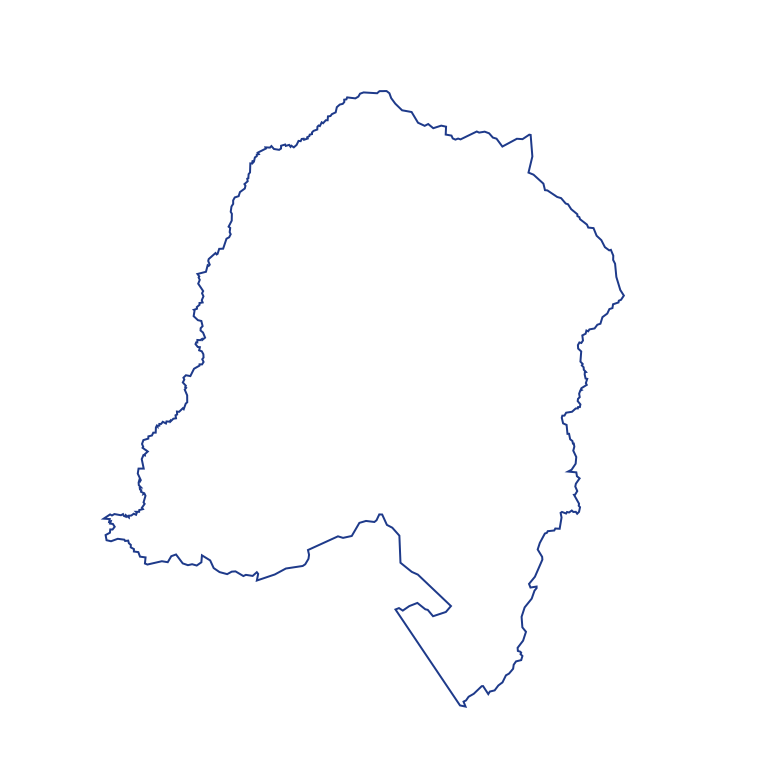 Asunafo North Municipal, Brong Ahafo, Ghana, rotated 18°
{"feature_id": "2480657B96138797401471", "entity_name": "Asunafo North Municipal", "entity_type": "district", "adm_level": 2, "iso_a3": "GHA", "parent_name": "Ghana", "parent_adm1": "Brong Ahafo", "projection": "robinson", "projection_center": [-2.711, 6.815], "detail": "fine", "context": "isolated", "style": "outline", "palette": "blue", "viewbox_px": 768, "rotation_deg": 18, "n_neighbors": 0, "source": "geoboundaries", "source_scale": "gbopen_adm2", "svg_char_len": 6153}
<svg xmlns="http://www.w3.org/2000/svg" viewBox="0 0 768 768"><g transform="rotate(18 384 384)"><path d="M159.0,598.7L164.9,597.2L165.2,600.0L166.6,599.0L166.6,601.4L169.4,600.9L172.0,603.0L170.8,606.3L168.6,606.9L169.3,610.1L165.9,613.7L168.4,618.3L173.0,617.9L178.6,613.5L185.2,612.3L186.3,613.3L189.1,612.0L190.6,614.3L192.9,615.2L193.6,617.6L197.2,618.3L197.9,620.6L202.3,619.8L205.3,623.6L210.8,622.6L212.1,628.6L214.8,628.8L227.5,621.2L233.4,620.3L234.9,613.5L238.9,610.4L248.0,616.8L253.5,616.9L257.2,614.7L262.0,614.5L265.4,610.0L263.8,603.2L273.2,605.5L278.9,611.7L285.7,613.7L293.6,613.3L297.2,609.5L300.7,608.1L309.6,610.1L311.6,608.2L318.4,607.1L321.2,602.3L323.0,603.5L323.8,610.2L339.0,598.9L347.7,589.8L362.9,582.2L364.8,579.8L366.2,573.6L365.5,569.6L363.0,565.4L387.3,543.1L392.6,543.0L400.3,538.5L403.5,523.7L409.2,519.8L417.5,518.2L419.0,515.9L419.8,509.5L422.6,508.7L430.3,517.1L436.3,518.1L445.5,523.5L454.9,548.9L468.5,554.1L475.1,554.8L516.3,574.5L513.3,581.7L502.4,589.7L495.4,585.3L492.9,585.5L483.4,581.9L476.7,587.4L471.9,593.7L467.5,592.5L464.6,594.9L555.6,666.2L561.2,665.6L557.8,661.5L559.8,659.6L561.1,655.3L565.1,650.9L570.3,641.2L571.6,640.7L579.0,646.7L579.7,643.8L583.9,641.2L585.9,635.4L588.9,631.1L590.0,623.4L592.4,620.8L594.8,614.9L594.1,610.9L595.3,607.0L599.8,604.2L599.7,599.9L597.3,598.7L597.5,597.2L596.4,596.5L593.8,596.5L592.6,593.6L595.6,585.1L595.6,575.8L590.8,572.7L586.8,562.9L586.8,553.0L590.8,542.5L591.0,534.0L592.2,530.9L591.7,529.5L586.2,532.3L583.7,529.3L587.1,520.7L588.9,502.1L587.8,499.5L581.3,493.9L581.3,487.0L583.2,476.5L584.9,475.2L585.2,473.4L591.2,470.7L591.6,468.5L595.8,467.4L594.1,456.1L591.8,452.0L592.8,450.7L597.2,450.9L597.6,449.2L599.7,449.0L601.7,446.3L603.6,447.2L605.9,446.3L607.8,447.7L609.0,445.3L608.5,440.6L606.8,439.6L606.5,437.6L599.0,430.7L599.9,430.3L600.9,426.1L597.6,422.4L597.3,419.5L599.2,413.3L596.0,412.1L594.2,408.6L586.1,410.4L588.9,407.6L590.9,400.6L589.4,394.0L584.6,388.9L584.4,384.8L582.9,382.0L582.1,382.3L580.8,380.0L578.1,379.0L575.4,374.2L573.9,374.7L570.3,366.5L566.5,366.1L563.5,361.2L563.4,359.0L565.4,358.3L566.1,355.0L571.4,352.3L573.9,348.0L575.9,347.3L575.7,346.0L577.4,345.4L577.1,342.7L573.5,340.4L573.1,338.2L574.2,336.0L572.6,333.0L572.7,329.8L573.8,328.7L572.9,328.5L573.1,326.9L577.1,322.2L575.7,320.8L575.7,316.3L574.0,316.5L571.9,312.9L571.4,310.8L572.4,310.2L569.6,308.7L568.7,306.4L566.4,305.2L566.8,303.6L563.9,302.0L561.5,292.1L557.7,290.3L556.4,287.1L557.0,284.1L559.0,284.0L559.8,281.2L557.6,276.5L560.2,273.9L560.0,270.6L561.9,270.8L562.5,268.6L567.1,266.1L568.6,261.7L571.2,259.8L571.1,252.9L574.6,248.0L575.2,243.1L577.8,241.2L577.2,237.4L581.8,234.0L581.6,232.2L583.4,230.7L584.8,225.8L579.7,221.6L571.9,210.4L566.6,198.2L563.6,195.2L562.4,191.1L558.3,186.3L556.9,187.3L551.8,185.6L546.2,180.0L540.4,177.3L535.1,171.0L529.9,172.1L527.8,169.7L519.5,166.7L518.2,164.9L516.1,164.6L515.4,162.8L508.0,159.9L503.5,156.2L501.0,156.2L495.0,152.5L490.9,152.6L479.6,149.4L477.2,149.9L473.7,144.2L461.5,138.7L456.1,138.3L454.8,121.8L446.5,101.8L445.1,102.0L440.1,108.3L434.6,109.7L423.2,121.6L415.2,115.9L411.4,116.0L406.5,113.1L401.8,112.9L396.8,115.5L394.2,115.2L381.2,127.7L378.6,127.7L376.4,129.5L373.5,129.2L371.4,126.9L365.6,127.7L363.5,120.1L358.6,120.6L351.8,125.5L345.7,123.1L342.9,125.9L335.6,125.0L326.2,116.8L316.6,118.1L308.1,113.9L302.5,109.9L299.3,105.8L295.9,104.6L289.2,106.9L287.6,109.6L274.5,113.0L271.5,115.3L270.8,118.6L268.5,121.2L260.4,122.8L260.3,124.9L258.3,125.9L259.1,128.1L258.2,130.3L255.6,131.9L253.6,135.3L254.1,140.6L251.0,143.5L250.3,145.7L248.0,146.8L248.9,150.6L247.1,151.2L245.5,154.8L243.9,154.4L243.3,158.5L241.9,158.4L241.2,159.9L241.9,162.6L238.8,165.0L237.8,167.0L238.3,168.6L236.3,169.8L236.4,171.3L234.7,173.1L235.6,174.1L232.5,176.4L231.9,175.5L230.0,176.4L229.7,178.8L227.6,179.2L227.0,183.6L225.1,186.8L222.2,186.0L221.8,187.3L219.9,185.9L217.0,187.9L216.0,186.8L212.5,189.2L213.3,191.9L211.9,193.7L206.7,194.5L203.4,192.5L202.5,194.4L198.1,195.6L198.9,196.6L192.4,203.0L193.9,204.1L192.1,205.1L192.6,206.7L191.2,208.4L191.6,212.7L191.0,214.0L190.0,211.8L190.3,215.1L188.7,215.5L191.2,224.2L190.4,226.3L191.4,230.2L190.5,231.0L191.7,233.3L189.5,237.0L191.0,238.3L191.2,241.1L187.7,246.0L187.7,250.3L184.4,252.7L183.8,256.0L184.9,259.3L184.1,262.3L185.0,267.6L186.7,269.1L188.7,275.7L187.6,282.4L189.5,283.1L190.3,287.3L191.9,288.9L191.4,292.3L189.3,294.5L189.2,305.0L185.5,306.4L185.5,311.7L184.8,312.5L183.3,311.5L178.7,319.3L178.8,321.3L181.4,324.4L180.8,325.8L179.6,325.5L180.0,332.3L172.6,337.0L175.1,338.8L174.8,340.0L176.6,341.9L176.3,346.0L183.3,351.5L182.9,353.9L185.2,356.4L184.8,360.6L186.3,362.5L183.5,364.0L184.1,365.7L182.2,368.7L182.9,370.2L180.3,372.2L181.1,372.5L182.0,378.3L187.3,380.8L190.8,380.5L193.6,385.0L192.4,387.6L193.0,389.8L196.0,391.0L199.5,395.2L197.6,398.2L197.0,397.4L195.7,399.1L192.9,399.8L193.6,402.2L192.5,402.5L192.4,404.3L195.4,406.3L197.5,405.9L197.8,409.1L200.6,409.2L203.0,411.5L204.2,414.6L203.5,416.6L205.6,418.8L204.9,421.6L202.5,422.3L202.8,423.6L198.6,428.2L197.4,436.3L192.9,436.9L191.3,440.0L192.7,441.5L192.2,444.7L196.1,446.9L195.9,448.4L197.0,448.8L196.2,450.9L200.3,455.6L202.5,462.2L201.5,463.9L201.3,469.8L200.2,469.2L197.7,473.8L195.6,474.2L196.7,476.9L195.4,478.2L196.8,480.9L194.4,482.1L192.5,485.7L192.1,485.0L191.6,486.1L188.7,486.8L188.8,488.9L185.3,488.3L184.4,490.8L182.7,491.4L183.2,493.0L181.5,493.6L181.8,494.5L180.8,493.9L180.5,495.8L181.9,500.8L179.6,501.6L179.2,504.7L176.1,506.6L176.7,508.8L172.5,511.7L172.4,515.8L174.4,518.1L174.1,519.3L180.2,521.2L178.2,524.7L178.7,525.8L177.2,525.9L176.8,530.3L181.6,538.7L176.7,540.3L177.5,545.3L182.4,550.6L182.1,551.9L181.0,551.0L181.1,553.6L182.1,556.0L185.1,557.6L183.8,558.2L184.5,559.7L186.0,560.0L186.2,561.6L189.2,562.0L189.2,563.0L190.0,562.2L191.7,564.0L191.9,570.9L193.4,572.0L192.0,576.5L193.4,577.5L190.2,579.5L190.6,581.2L187.6,582.2L188.7,582.8L188.6,585.0L186.1,584.7L184.3,587.2L182.0,588.1L182.6,589.8L179.1,588.6L179.5,590.0L177.3,589.8L176.0,588.4L174.4,590.1L167.8,591.0L165.9,593.1L163.8,592.7L159.0,598.7Z" fill="none" stroke="#1e3a8a" stroke-width="2"/></g></svg>